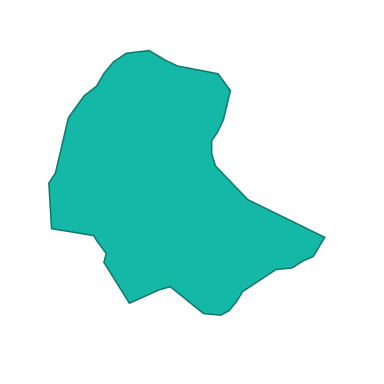 Puconci, Natural Earth projection, rotated 106°
{"feature_id": "SVN-929", "entity_name": "Puconci", "entity_type": "Municipality", "adm_level": 1, "iso_a3": "SVN", "parent_name": "Slovenia", "parent_adm1": "", "projection": "natural_earth1", "projection_center": [16.132, 46.76], "detail": "fine", "context": "isolated", "style": "filled", "palette": "teal", "viewbox_px": 384, "rotation_deg": 106, "n_neighbors": 0, "source": "natural_earth", "source_scale": "10m", "svg_char_len": 615}
<svg xmlns="http://www.w3.org/2000/svg" viewBox="0 0 384 384"><g transform="rotate(106 192 192)"><path d="M137.4,187.2L149.7,183.7L160.5,176.6L184.0,136.1L199.0,51.9L220.6,57.7L227.7,66.3L237.5,75.0L243.4,90.0L273.8,115.9L285.3,119.0L296.1,123.8L302.5,130.5L305.7,147.4L289.0,186.8L295.2,196.7L316.2,221.5L283.9,257.3L274.8,257.5L265.2,270.0L261.0,274.4L266.0,316.9L222.8,332.1L211.5,328.5L154.6,331.3L129.3,322.2L116.4,312.8L102.1,309.3L88.6,303.3L76.8,293.5L67.8,272.2L72.7,253.8L74.9,240.9L71.2,199.5L84.0,183.0L113.7,181.7L127.6,184.0L137.4,187.2Z" fill="#14b8a6" stroke="#0f766e" stroke-width="1.5"/></g></svg>